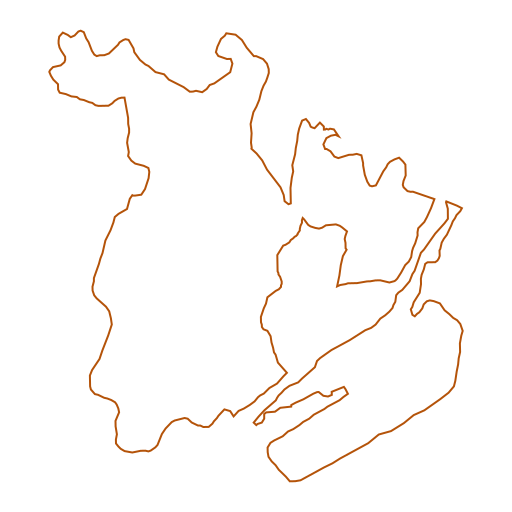 Bani Swayf, Bani Suwayf, Egypt
{"feature_id": "37247803B71974120040815", "entity_name": "Bani Swayf", "entity_type": "district", "adm_level": 2, "iso_a3": "EGY", "parent_name": "Egypt", "parent_adm1": "Bani Suwayf", "projection": "mercator", "projection_center": [31.073, 29.092], "detail": "fine", "context": "isolated", "style": "outline", "palette": "amber", "viewbox_px": 512, "rotation_deg": 0, "n_neighbors": 0, "source": "geoboundaries", "source_scale": "gbopen_adm2", "svg_char_len": 5978}
<svg xmlns="http://www.w3.org/2000/svg" viewBox="0 0 512 512"><path d="M89.9,375.5L90.1,386.4L90.9,389.5L94.9,394.1L98.0,394.8L104.2,397.8L107.3,398.5L111.2,400.0L115.1,402.3L116.7,404.6L118.3,408.4L119.1,412.3L115.5,420.9L115.6,426.4L116.9,434.3L115.9,439.6L116.0,443.5L118.4,446.5L120.7,448.8L124.6,451.1L132.3,452.5L140.7,450.8L145.4,450.7L148.4,451.4L150.7,450.6L155.3,447.4L157.5,445.0L161.9,434.0L165.6,428.5L171.7,422.1L174.7,420.5L184.6,418.0L187.7,418.7L191.7,422.5L197.9,425.5L200.2,425.5L203.3,427.0L208.7,426.9L212.4,423.7L213.9,421.3L216.9,418.1L218.4,415.8L224.4,409.4L230.2,411.1L233.6,416.4L238.6,410.9L243.8,408.6L249.7,405.0L254.6,401.4L258.0,397.2L260.2,395.4L263.8,393.6L269.4,388.0L277.0,383.6L283.6,376.1L286.9,372.8L277.9,362.6L275.6,354.7L274.0,352.4L273.1,347.8L271.5,342.4L270.6,336.2L267.4,330.8L263.5,329.3L261.9,327.0L261.8,324.6L261.0,322.3L260.9,316.9L263.8,308.3L266.0,303.6L267.4,297.3L275.7,290.9L278.8,289.3L281.0,286.9L281.0,285.4L281.7,283.8L281.7,281.5L280.1,276.8L278.5,274.5L278.4,273.0L277.6,271.4L277.3,255.1L283.2,245.6L285.5,244.8L289.3,242.4L290.8,240.0L293.1,238.4L294.6,236.8L296.1,236.0L297.6,234.4L297.6,233.7L299.8,230.5L299.8,228.9L300.5,225.8L302.0,222.7L301.9,220.3L302.7,218.0L304.2,219.5L308.2,224.9L310.5,226.4L315.2,227.9L319.0,228.6L322.1,227.7L325.9,225.3L335.9,224.4L339.8,225.8L342.1,227.4L347.0,231.4L345.4,235.9L344.7,239.0L345.5,242.9L345.6,248.3L346.6,249.7L342.9,256.1L340.8,265.1L339.4,275.5L337.1,286.4L340.2,285.0L345.6,284.1L347.9,283.3L357.1,283.1L367.1,281.4L370.2,281.3L375.5,280.4L380.2,280.3L389.4,282.5L394.2,281.2L395.3,280.6L397.2,278.7L401.1,272.6L405.2,265.1L408.8,261.6L411.2,257.1L412.1,251.1L413.1,247.8L415.2,243.3L417.6,235.5L417.5,232.3L418.2,228.3L424.3,222.0L426.9,217.2L431.0,208.2L434.4,199.1L412.9,191.7L410.6,191.8L407.5,191.1L403.6,187.3L402.8,184.9L403.5,181.0L405.7,175.5L405.4,164.6L403.1,161.6L399.1,157.7L394.5,159.4L390.0,161.8L387.7,164.2L386.2,167.3L383.3,171.3L375.9,185.4L372.0,186.3L369.7,185.6L367.3,181.7L364.8,174.8L363.1,165.4L363.1,163.1L361.4,155.3L356.7,153.9L352.9,154.7L349.0,154.8L338.3,158.1L334.4,156.6L330.5,151.3L326.6,149.0L325.1,149.0L323.4,144.4L326.4,138.1L330.9,135.7L335.5,134.8L338.6,136.3L333.9,129.4L330.0,128.7L328.5,129.5L326.2,128.8L325.4,129.5L323.9,129.6L323.8,126.5L319.9,122.6L314.6,128.2L312.3,127.5L310.7,126.7L309.1,122.9L305.9,119.0L302.1,120.6L299.2,128.5L297.8,134.7L297.2,141.0L295.8,148.0L295.1,154.3L292.3,165.2L293.2,171.4L291.8,177.7L290.5,187.9L290.8,203.4L288.5,204.2L284.6,201.2L283.7,195.0L280.5,187.3L267.0,169.6L262.2,160.4L256.6,153.5L251.4,148.7L251.7,147.5L251.0,142.7L251.6,133.3L250.6,124.0L253.4,112.2L256.4,106.7L259.3,99.7L261.4,91.1L263.6,85.6L265.9,81.6L267.3,77.7L268.8,73.0L268.7,69.1L267.0,63.7L263.1,59.1L256.1,56.1L253.8,56.1L246.7,47.7L241.9,40.0L235.6,34.7L226.3,33.3L224.8,35.7L221.0,38.9L217.4,46.7L215.9,52.2L218.3,56.0L226.9,59.0L230.7,58.9L232.4,63.6L230.2,72.2L214.3,83.4L209.7,85.0L206.7,89.0L202.2,92.2L196.0,90.8L192.9,91.6L189.8,91.7L183.6,87.1L168.8,79.6L164.1,74.3L155.5,72.1L148.5,66.0L145.4,64.5L139.9,59.9L134.3,52.2L133.5,48.4L128.6,39.9L125.5,39.2L123.3,40.0L119.5,42.4L118.0,44.8L108.9,53.5L104.3,55.2L99.7,55.3L96.7,56.1L94.3,54.6L91.9,50.8L88.6,42.2L86.2,38.4L83.8,32.2L80.7,30.7L78.4,31.5L74.6,35.5L70.8,37.2L67.7,34.9L62.8,32.6L59.2,36.6L58.6,40.5L58.6,43.6L59.5,47.5L61.1,50.6L65.1,56.7L65.2,59.9L64.4,62.2L60.7,65.4L53.0,67.1L50.0,70.3L49.3,71.9L50.9,75.7L53.3,79.6L58.0,84.2L58.1,89.6L59.7,92.7L65.9,94.1L71.4,96.4L76.8,97.0L79.9,99.3L83.8,100.0L89.2,102.2L92.3,102.9L95.4,105.2L98.5,105.9L108.5,105.7L112.3,103.3L114.6,100.9L118.4,98.5L121.4,97.7L124.5,97.6L128.1,117.8L128.2,124.0L129.1,128.7L129.1,132.6L127.7,138.1L127.1,142.8L128.8,152.1L128.1,156.0L131.3,160.6L135.2,163.6L143.7,165.8L148.4,168.0L149.3,171.9L148.6,178.2L145.0,189.1L141.3,194.7L135.1,195.6L133.0,195.6L132.3,195.2L129.8,198.8L127.0,209.0L118.6,213.8L114.8,217.0L113.4,222.5L110.5,230.3L105.4,240.5L102.5,253.1L100.4,258.5L98.9,264.0L93.9,278.1L93.9,281.3L92.5,286.7L92.6,290.6L94.2,295.3L96.6,298.3L106.0,306.7L109.2,311.3L110.9,318.3L111.8,324.5L108.2,335.5L102.4,350.4L99.5,359.0L92.1,370.0L89.9,375.5ZM461.9,208.2L456.8,205.6L446.3,201.4L446.0,202.2L447.8,208.7L447.9,218.8L444.4,223.4L435.2,233.6L424.0,249.5L420.9,252.8L414.6,270.8L412.4,274.1L409.6,281.3L402.3,289.9L398.4,292.6L396.2,295.2L395.3,301.8L393.4,305.1L392.5,308.0L389.3,311.7L385.2,315.3L380.3,318.6L375.6,324.6L371.1,327.9L365.3,330.2L349.6,340.2L331.5,350.0L320.2,358.0L317.0,361.0L314.9,367.2L302.1,378.5L298.2,382.4L289.5,385.8L284.4,389.5L281.5,392.8L278.6,395.5L277.1,397.8L275.8,400.4L264.6,410.1L258.5,416.7L253.7,422.6L256.3,425.1L257.5,424.0L261.8,422.6L264.2,418.7L264.2,414.0L266.2,412.4L275.0,411.7L280.3,407.8L291.2,406.6L291.3,405.0L295.8,402.6L303.4,399.3L313.3,393.7L317.1,392.1L318.7,392.0L323.4,395.8L328.0,396.5L331.8,394.9L331.7,391.8L343.9,386.9L345.5,389.2L347.9,393.8L343.4,397.0L339.6,400.2L327.4,406.7L324.4,409.0L313.8,414.7L309.2,418.7L303.2,421.9L299.4,425.1L293.3,429.1L288.0,431.5L282.7,436.3L274.3,440.4L270.5,442.8L267.6,447.5L267.7,452.2L268.5,456.8L271.7,461.4L275.6,465.2L278.8,469.8L285.9,476.7L289.8,481.3L295.2,481.2L300.5,480.3L324.1,467.4L332.5,463.3L340.1,458.5L368.2,443.2L378.8,434.5L391.0,431.1L403.9,423.1L413.7,415.1L424.4,410.3L440.3,399.1L448.6,392.7L453.9,386.4L455.3,380.9L456.7,371.5L458.1,364.5L458.7,358.3L460.1,352.0L459.9,343.4L461.3,335.6L462.7,330.9L460.3,324.0L457.1,320.2L453.2,317.9L449.3,314.1L444.6,310.3L439.9,303.4L433.7,301.1L429.8,300.4L426.8,301.3L423.7,304.4L422.3,308.4L419.3,312.3L417.0,313.9L414.8,316.3L412.4,314.8L410.8,309.3L412.3,307.0L413.7,302.3L419.7,292.8L421.0,284.2L420.9,278.8L421.6,274.9L423.8,269.4L425.2,263.9L427.5,262.3L435.2,262.2L437.4,260.6L438.9,258.2L439.7,255.9L439.5,250.4L440.3,248.9L441.7,242.6L443.9,238.7L446.9,234.7L451.3,225.3L452.8,221.4L455.0,218.2L456.5,215.1L460.3,211.1L461.9,208.2Z" fill="none" stroke="#b45309" stroke-width="2"/></svg>